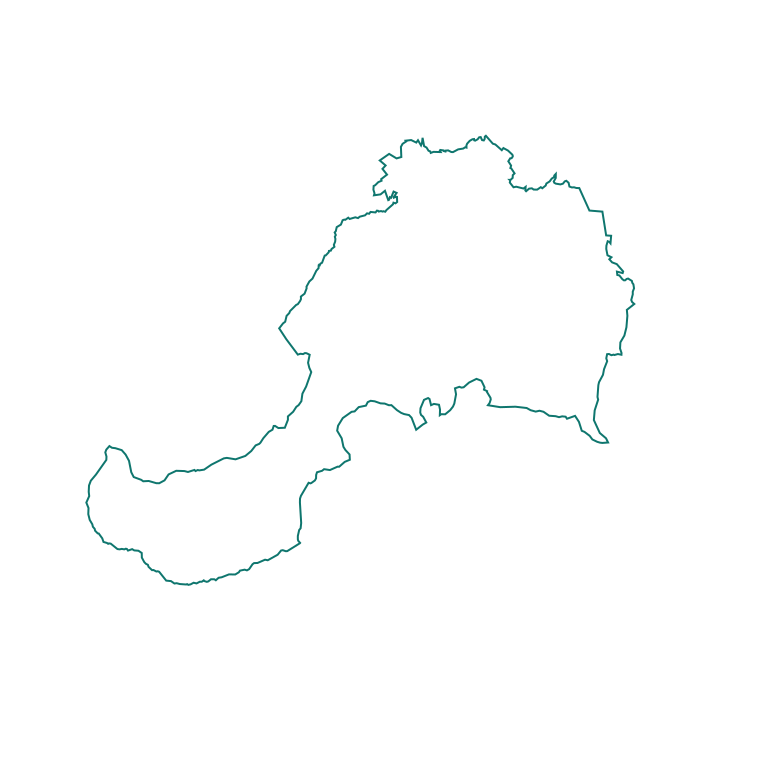 Deda, Mures, Romania (Equal Earth projection), rotated 114°
{"feature_id": "2599482B19753328402783", "entity_name": "Deda", "entity_type": "district", "adm_level": 2, "iso_a3": "ROU", "parent_name": "Romania", "parent_adm1": "Mures", "projection": "equal_earth", "projection_center": [24.914, 46.951], "detail": "fine", "context": "isolated", "style": "outline", "palette": "teal", "viewbox_px": 768, "rotation_deg": 114, "n_neighbors": 0, "source": "geoboundaries", "source_scale": "gbopen_adm2", "svg_char_len": 6166}
<svg xmlns="http://www.w3.org/2000/svg" viewBox="0 0 768 768"><g transform="rotate(114 384 384)"><path d="M559.8,610.8L563.2,608.0L566.3,606.8L583.9,610.3L591.6,612.5L596.7,612.2L602.6,609.9L606.3,607.7L613.4,607.7L617.5,603.5L623.2,601.2L627.9,597.5L630.8,593.4L632.8,591.9L634.0,589.4L635.5,588.3L636.9,584.8L636.6,583.8L639.6,578.6L642.4,576.0L641.9,572.5L642.2,571.0L641.5,570.5L641.0,568.7L643.2,560.4L642.6,558.3L641.3,556.5L640.7,554.0L639.5,552.9L639.3,551.8L640.3,550.1L637.3,546.9L637.6,544.5L636.2,540.5L636.9,536.6L641.1,534.6L644.2,530.6L645.1,528.4L645.2,526.2L646.8,524.7L648.4,520.2L647.7,518.9L647.9,515.7L647.1,514.5L647.0,513.0L652.2,503.0L650.7,498.4L651.5,494.3L650.3,492.4L649.8,489.2L647.6,483.1L646.9,482.5L647.1,481.1L645.7,479.2L643.0,477.1L642.4,474.1L639.6,471.9L638.7,470.0L636.7,468.8L637.1,468.1L636.8,465.4L635.8,464.2L632.7,462.6L631.4,459.5L631.7,457.8L628.3,456.3L626.6,453.7L621.0,448.2L618.5,442.4L615.0,440.0L613.1,439.7L610.3,435.8L610.0,433.4L608.0,431.9L602.1,430.8L600.4,429.8L599.0,426.8L592.9,421.2L592.3,418.5L583.2,411.7L578.0,410.3L577.0,408.9L576.7,405.7L576.0,404.4L563.7,396.1L563.3,396.0L562.1,398.6L561.0,399.5L557.9,400.9L551.9,402.1L549.7,401.5L544.7,403.1L526.5,412.6L522.9,414.1L520.0,414.4L504.9,412.7L504.7,410.8L504.0,410.1L500.2,407.9L497.8,407.7L494.7,409.0L491.9,409.3L488.5,405.3L486.2,404.1L484.6,398.4L478.4,392.8L477.8,391.3L471.1,388.2L467.1,384.4L462.4,386.8L460.0,392.4L457.9,395.5L450.8,400.6L445.7,407.8L440.8,409.0L431.9,407.8L422.6,402.3L421.0,399.7L415.4,397.7L411.1,391.7L407.2,391.5L404.8,389.4L403.6,385.5L403.1,379.3L401.6,375.4L401.4,370.9L400.3,368.6L402.6,361.5L403.4,356.6L403.3,353.4L402.2,348.5L403.6,345.1L412.7,336.0L405.3,332.1L402.0,329.7L398.0,334.9L397.2,337.6L395.3,339.3L391.3,340.8L382.2,341.0L378.9,338.0L379.2,336.3L384.2,332.4L381.9,330.3L380.6,325.3L384.6,322.4L389.8,320.3L388.3,319.4L386.8,315.8L381.0,312.9L376.6,311.8L373.3,311.8L364.1,314.0L359.1,317.4L355.9,314.0L355.8,311.8L354.6,309.9L348.1,306.9L341.7,301.6L341.4,296.3L346.1,290.8L348.5,290.4L348.6,286.9L349.4,286.7L353.3,281.1L354.7,280.2L358.3,279.8L361.1,280.4L357.9,268.4L351.3,254.7L347.9,243.9L348.3,239.4L347.5,234.2L345.2,231.1L344.5,227.0L345.8,220.2L343.6,214.1L343.1,210.6L341.1,208.1L340.0,204.8L341.3,202.7L335.4,196.5L339.3,190.5L346.3,184.3L346.2,181.4L347.7,175.0L349.9,171.1L350.1,165.8L349.7,162.7L349.0,160.5L346.3,155.5L343.3,159.1L341.0,166.9L331.6,177.6L322.4,180.8L311.2,182.0L309.0,183.7L297.9,187.7L294.9,188.3L286.5,187.7L281.0,189.0L272.4,189.4L270.1,191.4L266.0,192.3L265.1,190.7L265.2,188.0L263.8,186.2L263.8,185.3L261.5,182.5L260.7,179.0L259.1,179.6L255.6,182.8L249.8,185.0L242.0,184.1L233.6,185.6L222.7,189.4L217.5,192.3L209.1,187.9L208.2,190.7L206.7,192.3L200.9,193.2L198.5,194.3L194.9,194.5L191.5,196.7L190.6,198.3L189.0,199.5L188.4,203.9L189.4,205.1L191.1,205.8L191.7,206.9L191.3,208.9L189.1,213.1L189.5,215.2L186.6,216.9L185.6,211.1L183.9,211.3L179.8,220.1L180.1,225.1L178.4,228.9L175.7,227.8L175.5,232.2L170.2,235.9L167.1,237.1L162.6,237.7L162.5,236.1L163.4,234.3L156.2,236.8L157.9,241.5L137.7,254.6L142.0,266.9L125.6,285.3L126.7,288.0L127.0,290.4L128.0,292.3L128.2,294.9L125.1,297.2L124.2,300.1L125.4,301.3L128.2,302.0L129.9,304.0L131.1,308.6L130.9,310.3L130.0,311.3L125.9,310.9L122.2,312.5L124.2,313.2L126.0,312.9L128.1,314.3L131.6,315.1L134.8,317.2L136.9,317.0L140.8,319.0L140.4,320.8L144.1,323.1L145.5,326.4L145.1,328.5L146.5,330.9L150.1,332.6L149.7,333.6L146.3,334.8L148.7,336.1L150.0,343.5L151.6,345.7L148.8,351.0L146.7,351.5L146.4,352.3L146.0,351.4L143.4,350.3L140.8,351.3L138.5,350.4L135.3,355.4L135.3,356.4L132.8,356.7L130.0,361.0L126.5,360.5L125.9,359.4L124.9,359.0L123.4,359.0L122.3,360.0L120.3,365.7L119.9,370.9L122.5,371.5L119.9,379.7L120.2,382.3L115.8,391.9L117.0,392.5L119.2,391.7L120.9,391.9L121.3,393.6L119.1,396.1L119.9,397.4L122.4,398.0L124.6,399.7L124.7,400.7L123.6,401.4L124.5,402.8L127.0,404.6L130.6,405.8L132.6,405.7L134.5,404.8L134.7,406.1L136.7,407.4L139.5,411.7L144.1,415.3L144.7,416.9L144.5,420.4L145.7,422.6L146.6,422.4L146.9,424.2L146.4,424.6L147.3,427.8L148.2,427.9L149.1,426.6L151.8,433.2L153.9,435.3L152.7,436.4L152.8,438.2L150.7,441.3L150.4,444.1L143.4,448.9L148.4,447.3L151.0,447.2L147.5,452.1L150.3,452.7L150.1,458.4L152.9,463.2L153.4,462.4L157.0,464.7L160.5,465.0L169.6,460.5L172.8,464.3L171.7,472.9L181.5,478.8L183.7,471.4L188.1,472.9L191.5,466.4L198.0,469.9L199.3,468.9L201.9,471.3L206.0,472.9L207.3,474.0L210.8,472.7L213.7,470.2L215.7,469.9L212.2,464.3L207.1,461.7L214.3,454.9L213.6,454.3L210.9,454.6L211.0,453.3L204.3,453.5L204.3,450.2L209.4,451.2L209.8,450.8L208.3,449.7L208.6,449.5L207.9,448.2L212.4,446.0L214.3,447.0L214.5,449.1L216.2,448.9L224.0,452.5L226.1,452.9L226.4,454.8L227.1,455.5L227.2,457.0L228.6,459.0L228.2,459.9L228.5,461.0L230.7,461.5L232.3,466.3L234.5,466.8L235.0,468.9L237.6,469.9L241.0,474.2L243.0,475.2L243.4,478.0L247.2,482.5L246.6,484.3L249.7,486.1L250.0,487.2L251.2,488.4L255.9,488.2L259.9,491.0L264.1,490.2L265.6,490.7L267.5,488.6L269.5,488.8L271.2,487.4L273.9,486.5L277.3,486.4L278.8,485.1L282.0,486.8L283.8,486.8L284.8,488.4L286.2,488.1L290.2,489.5L290.8,490.4L298.4,489.9L299.7,490.9L301.6,491.0L301.4,491.8L302.0,492.0L304.8,490.9L308.1,491.9L316.8,492.2L320.7,493.9L326.6,494.4L328.1,493.6L333.8,493.3L337.9,495.5L340.2,494.4L342.3,494.4L346.1,495.2L347.5,496.4L355.6,499.5L357.7,499.4L361.4,500.7L367.3,499.6L369.7,500.9L375.8,502.4L382.8,491.5L392.2,474.7L390.4,472.7L389.6,470.1L387.9,468.8L387.4,467.3L387.5,463.8L395.5,462.0L399.6,458.8L402.7,455.3L418.0,454.1L426.0,454.6L433.3,452.5L438.0,453.4L440.5,454.8L446.3,455.7L452.7,458.6L455.8,457.2L464.3,456.8L467.2,462.6L466.6,466.5L467.2,467.7L471.1,467.3L474.6,469.8L482.6,472.2L487.8,473.0L489.4,473.6L492.3,476.3L499.2,478.0L506.1,481.4L513.2,489.0L515.4,497.5L517.1,500.1L527.9,508.9L535.4,513.5L538.1,517.7L538.3,519.1L540.2,520.8L539.6,522.2L544.1,527.3L544.7,530.9L547.8,538.5L554.2,544.0L561.3,545.3L566.1,549.0L567.2,551.6L568.3,559.5L570.8,564.4L570.3,566.9L570.8,574.8L567.4,579.0L557.9,585.7L553.6,591.3L551.1,596.7L551.9,603.3L552.9,606.6L552.4,609.6L556.9,611.0L559.8,610.8Z" fill="none" stroke="#0f766e" stroke-width="2"/></g></svg>